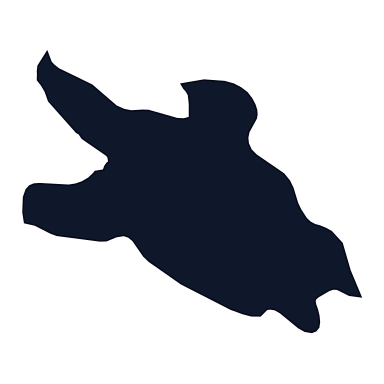 the border of Hòa Bình
{"feature_id": "VNM-459", "entity_name": "Hòa Bình", "entity_type": "Province", "adm_level": 1, "iso_a3": "VNM", "parent_name": "Vietnam", "parent_adm1": "", "projection": "orthographic", "projection_center": [105.329, 20.711], "detail": "fine", "context": "isolated", "style": "filled", "palette": "ink", "viewbox_px": 384, "rotation_deg": 0, "n_neighbors": 0, "source": "natural_earth", "source_scale": "10m", "svg_char_len": 1435}
<svg xmlns="http://www.w3.org/2000/svg" viewBox="0 0 384 384"><path d="M361.0,296.8L349.2,295.2L337.0,289.1L333.3,289.0L329.1,290.3L317.9,296.9L315.4,299.2L314.9,301.4L315.5,304.5L317.4,309.8L318.8,315.7L319.4,322.0L318.7,327.2L315.9,330.8L311.7,332.4L304.8,331.2L298.5,327.6L280.2,312.6L274.9,309.6L270.4,308.9L267.0,309.2L260.3,315.9L251.4,315.8L243.0,313.6L230.9,309.2L181.4,283.9L149.2,261.4L143.7,256.1L132.9,240.5L128.6,237.0L123.9,235.4L116.2,236.6L106.4,240.7L99.9,240.9L56.9,235.3L50.4,232.9L35.0,225.0L24.6,222.7L23.0,212.1L23.6,197.1L26.2,189.7L29.6,185.9L33.9,184.1L39.4,183.7L68.8,185.3L75.7,184.2L82.1,182.0L88.6,178.2L93.6,173.5L95.1,171.5L103.5,170.1L104.9,166.2L107.4,162.7L108.9,162.2L108.2,157.5L106.8,155.4L82.2,138.4L79.1,133.8L76.5,132.4L48.7,101.1L45.3,91.5L41.4,84.9L37.5,80.0L37.7,74.0L37.5,71.5L38.1,65.9L47.1,51.6L51.0,62.0L53.6,64.9L58.4,68.8L91.9,85.1L116.4,106.2L124.1,109.6L131.2,111.0L142.9,110.3L148.5,110.5L177.2,118.7L183.8,119.0L189.5,117.5L189.5,103.9L188.5,94.9L186.2,91.0L183.8,88.3L181.2,84.0L204.0,80.1L224.5,81.6L233.8,84.2L241.1,88.1L247.2,92.8L251.7,98.7L254.8,104.6L256.5,109.9L256.9,114.4L256.2,118.4L248.8,131.9L247.6,137.7L248.2,143.5L251.1,149.9L256.3,155.1L283.7,173.9L289.4,180.9L292.9,188.1L297.5,203.3L300.8,210.1L306.3,218.5L310.2,222.2L314.9,224.7L319.7,226.0L326.0,228.6L331.5,231.7L342.1,243.3L350.0,270.5L361.0,296.8Z" fill="#0f172a" stroke="#020617" stroke-width="1.5"/></svg>